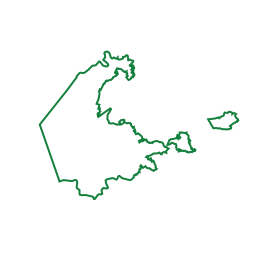 the district of Tamalín, Veracruz, Mexico, rotated 225°
{"feature_id": "50627088B78854811449565", "entity_name": "Tamalín", "entity_type": "district", "adm_level": 2, "iso_a3": "MEX", "parent_name": "Mexico", "parent_adm1": "Veracruz", "projection": "natural_earth1", "projection_center": [-97.693, 21.474], "detail": "fine", "context": "isolated", "style": "outline", "palette": "green", "viewbox_px": 256, "rotation_deg": 225, "n_neighbors": 0, "source": "geoboundaries", "source_scale": "gbopen_adm2", "svg_char_len": 5885}
<svg xmlns="http://www.w3.org/2000/svg" viewBox="0 0 256 256"><g transform="rotate(225 128 128)"><path d="M178.9,178.7L179.8,178.9L180.6,178.3L180.6,176.0L181.8,174.8L180.8,173.5L182.1,170.6L182.9,169.9L184.0,169.6L185.2,170.6L185.1,169.6L185.5,168.5L187.9,167.8L188.0,166.4L188.4,165.9L189.9,165.7L193.2,167.4L194.9,167.9L196.2,167.6L197.2,166.9L197.9,165.2L197.6,164.1L196.0,163.4L194.3,162.0L193.9,160.9L193.8,159.0L193.4,158.6L190.2,159.1L187.5,159.1L186.6,158.8L186.3,158.1L186.2,157.2L187.0,156.0L189.2,154.7L190.5,154.5L194.3,155.1L195.4,154.7L195.2,149.5L195.6,148.8L196.8,147.5L197.2,146.6L197.2,141.1L197.8,136.5L198.5,135.2L200.4,133.8L201.0,133.0L201.1,132.0L200.9,128.8L200.1,127.1L198.0,113.1L192.8,68.0L138.6,41.8L137.8,43.6L136.6,45.7L130.6,50.4L129.7,51.6L128.8,53.6L127.8,54.5L126.7,54.4L125.3,53.5L122.5,49.9L121.6,49.4L118.4,49.8L116.0,47.4L114.9,46.8L113.3,47.7L110.5,50.7L104.9,54.2L103.9,54.5L103.1,54.4L102.0,53.7L101.4,54.1L101.3,54.9L102.0,58.9L101.8,60.1L101.5,60.9L100.1,62.1L99.7,62.8L99.7,63.2L102.8,65.3L103.1,67.6L102.9,68.2L100.5,69.9L99.9,70.9L99.9,71.7L104.2,73.3L106.2,74.6L106.7,75.0L106.6,76.7L103.8,81.3L102.5,82.3L100.0,83.1L99.6,83.7L99.6,84.5L100.7,86.9L100.6,87.6L100.1,88.1L96.9,88.4L95.6,89.0L90.4,92.1L89.6,92.9L89.1,94.0L89.0,97.2L89.9,98.0L90.3,98.8L89.6,99.8L89.7,100.2L89.3,100.2L89.4,100.9L88.9,101.3L89.4,101.9L89.3,102.2L88.8,102.3L88.7,102.0L89.1,102.6L88.9,104.1L89.3,104.5L88.7,105.0L89.4,105.3L90.3,106.4L90.2,106.7L90.6,107.1L90.1,107.6L90.3,108.2L91.3,109.4L92.3,109.6L92.5,110.8L89.3,110.4L88.9,112.1L88.6,112.6L88.7,113.3L86.6,113.1L84.2,114.5L84.2,114.8L81.6,115.1L80.4,115.7L79.5,115.8L79.5,117.2L78.8,118.6L78.8,119.5L80.6,119.5L81.1,120.3L82.3,121.1L84.5,121.7L86.0,122.7L87.2,122.5L87.3,121.5L87.1,121.4L87.2,121.2L87.5,121.3L87.5,121.0L88.6,121.3L88.8,121.5L88.7,122.0L90.3,122.7L90.4,120.8L92.0,121.0L91.9,120.2L92.4,120.3L93.1,121.0L94.6,120.3L94.6,121.7L93.7,122.6L93.3,123.3L92.3,125.8L91.9,128.1L89.4,130.7L88.4,132.8L86.4,132.6L85.5,133.3L86.3,134.4L85.6,136.6L83.3,137.5L84.5,138.5L84.8,139.5L84.8,142.2L86.0,141.7L86.7,141.9L87.7,141.2L88.1,141.3L88.7,140.6L90.0,140.7L92.3,141.9L93.4,141.9L95.3,140.9L95.5,140.4L97.4,139.8L99.1,138.5L100.2,136.1L100.1,134.8L100.2,134.6L100.8,134.8L100.9,134.2L101.3,134.0L101.9,132.8L102.7,132.7L102.9,132.4L103.2,132.6L104.7,131.8L105.6,132.1L105.7,132.5L105.9,132.5L105.9,132.2L107.0,132.7L107.6,131.5L108.3,128.9L108.5,128.7L108.8,129.0L109.3,128.2L109.7,125.9L111.1,126.6L109.5,131.0L110.4,130.6L111.6,131.5L112.8,131.8L117.2,131.4L117.5,129.9L118.1,129.2L120.7,130.5L120.7,129.9L122.0,130.1L122.0,130.7L121.2,131.3L123.7,132.3L124.6,133.0L125.0,131.5L126.2,132.0L127.4,132.0L128.9,133.1L129.8,133.1L130.4,132.3L131.0,132.1L132.1,130.5L134.4,129.7L134.7,128.2L135.7,129.9L135.9,130.7L136.1,131.0L136.7,131.0L138.3,129.0L138.6,127.7L138.4,127.2L138.4,125.9L135.3,126.0L135.5,125.5L136.4,124.4L137.7,123.5L138.0,122.6L141.8,120.9L143.3,119.1L144.8,118.0L146.7,119.2L148.9,119.7L151.1,122.2L151.8,123.1L152.3,125.8L153.3,129.3L154.4,129.3L157.0,113.9L157.1,115.0L158.4,115.7L157.7,116.4L157.7,117.4L158.5,116.8L159.7,117.0L159.7,117.5L159.2,117.6L159.1,118.5L159.4,120.2L160.2,120.3L160.9,120.9L161.5,120.7L161.8,120.9L161.6,121.4L161.7,121.7L162.0,121.6L162.0,121.1L162.4,120.9L162.3,121.4L162.9,121.7L162.7,122.1L163.5,122.2L164.6,124.2L167.3,122.9L169.5,128.0L171.6,131.1L173.1,132.7L174.2,133.4L175.1,133.5L174.5,133.7L175.2,135.4L174.2,135.5L175.9,140.6L176.1,141.9L176.4,141.8L176.4,143.2L176.1,143.3L176.9,145.6L176.7,146.4L175.9,146.5L174.9,149.0L174.1,149.9L173.9,152.5L174.4,153.3L173.2,157.2L173.9,157.6L173.5,159.1L175.3,159.9L175.8,157.9L176.3,157.8L177.9,162.4L176.7,162.7L176.7,163.4L175.8,163.7L175.3,164.3L174.6,164.6L173.5,165.0L172.7,164.8L171.1,164.9L170.5,165.5L170.0,165.3L169.7,165.8L169.3,165.7L169.0,167.0L168.6,166.5L167.9,166.4L166.5,165.4L166.6,164.8L164.9,164.6L165.1,162.7L161.6,162.3L161.0,163.5L160.8,164.8L161.3,165.7L161.3,166.1L161.1,166.3L161.4,167.6L160.4,167.6L160.7,169.6L161.0,169.9L161.9,169.8L161.8,170.5L162.8,170.9L162.8,170.1L163.6,170.1L164.0,170.4L164.1,169.8L164.3,169.7L164.6,170.1L164.9,170.0L165.0,170.2L164.7,172.0L164.9,172.6L165.3,172.7L165.8,171.9L166.9,171.6L166.9,172.5L165.7,173.6L165.9,174.7L166.2,174.9L166.8,174.9L167.9,173.5L168.5,173.9L168.6,174.8L168.2,175.7L168.7,175.8L169.2,175.5L169.1,174.5L169.5,174.5L170.2,173.4L171.1,173.6L171.1,178.0L171.4,178.8L171.9,179.2L173.6,178.1L174.9,177.7L175.6,176.1L176.1,176.1L176.8,177.2L177.9,177.8L178.9,178.7ZM77.5,190.8L67.4,188.2L65.9,190.1L63.4,191.9L62.8,192.8L60.8,193.7L56.9,197.1L56.4,198.0L55.7,198.6L54.9,200.7L55.7,201.6L57.3,201.5L56.5,207.0L55.9,207.7L55.8,210.1L55.3,210.0L55.4,211.4L57.1,212.0L57.7,211.7L58.7,211.7L60.9,212.3L61.5,213.5L61.5,214.2L63.3,213.7L64.0,212.7L64.1,211.7L64.8,212.5L65.3,212.4L66.3,212.1L68.1,210.9L68.2,209.1L70.6,207.2L69.1,204.2L70.1,202.0L70.4,199.4L71.1,199.6L71.2,199.3L71.6,199.3L73.3,196.1L77.5,190.8ZM88.2,161.3L87.4,160.6L86.6,158.5L88.1,158.1L87.2,156.4L85.3,157.8L85.1,157.5L84.3,159.1L84.3,156.3L84.5,156.4L86.8,154.7L88.4,152.1L89.9,150.2L89.8,149.5L90.2,148.7L88.2,144.0L87.0,145.7L86.6,147.5L86.8,148.2L86.7,148.5L84.8,149.6L83.9,149.5L82.8,150.5L81.1,149.7L80.7,148.6L79.4,148.0L78.6,147.3L77.7,147.6L77.3,147.3L76.8,147.4L77.1,149.1L75.5,149.7L75.1,148.0L74.2,149.5L73.0,150.9L72.7,150.8L72.2,151.3L71.5,152.4L70.4,152.4L69.8,152.7L69.6,153.1L68.5,153.5L68.5,153.1L68.1,153.3L67.6,153.8L67.3,154.9L65.6,156.3L65.6,157.7L65.2,157.8L64.9,159.0L64.5,159.1L64.7,160.0L65.4,159.8L66.0,160.1L66.9,158.2L68.2,158.8L68.3,158.0L68.7,158.1L71.5,159.8L73.5,160.2L73.5,160.9L75.0,161.0L74.8,162.9L75.0,163.1L75.6,163.2L76.5,162.5L76.9,162.6L77.0,163.2L77.7,163.0L79.0,164.7L80.1,165.5L83.1,165.2L83.4,166.0L84.5,164.5L86.1,163.2L87.0,162.9L87.5,161.7L88.2,161.3Z" fill="none" stroke="#15803d" stroke-width="2"/></g></svg>